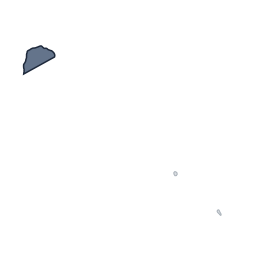 South Huvadhoo, Maldives (highlighted), rotated 126°
{"feature_id": "70690204B13652617140021", "entity_name": "South Huvadhoo", "entity_type": "district", "adm_level": 2, "iso_a3": "MDV", "parent_name": "Maldives", "parent_adm1": "", "projection": "orthographic", "projection_center": [73.171, 0.377], "detail": "fine", "context": "in_parent", "style": "filled", "palette": "slate", "viewbox_px": 256, "rotation_deg": 126, "n_neighbors": 0, "source": "geoboundaries", "source_scale": "gbopen_adm2", "svg_char_len": 1951}
<svg xmlns="http://www.w3.org/2000/svg" viewBox="0 0 256 256"><g transform="rotate(126 128 128)"><path d="M143.3,6.7L142.2,7.3L141.2,7.0L140.9,6.3L141.4,5.2L142.2,3.8L142.8,2.3L143.7,1.5L144.3,1.8L144.2,2.6L143.9,3.8L143.7,5.3L143.3,6.7ZM137.4,64.6L136.1,64.7L135.3,63.6L135.4,62.1L136.5,61.0L138.1,60.9L139.0,61.9L138.5,63.4L137.4,64.6Z" fill="#d9dde1" stroke="#a8b0b8" stroke-width="1"/><path d="M113.8,229.2L113.2,229.4L112.8,229.6L112.3,229.9L111.8,230.4L111.6,230.7L111.4,230.9L111.2,231.4L111.0,231.6L110.9,231.9L110.8,232.3L110.7,232.5L110.6,233.0L110.6,233.3L110.5,233.6L110.5,233.9L110.5,234.3L110.4,234.7L110.4,235.2L110.6,235.6L110.7,236.0L110.9,236.3L110.9,236.5L111.0,236.9L111.1,237.2L111.2,237.6L111.3,237.9L111.4,238.3L111.5,238.6L111.5,238.8L111.5,239.1L111.5,239.6L111.4,239.9L111.4,240.3L111.5,240.7L111.6,241.1L111.8,241.3L112.0,241.6L112.1,241.8L112.5,242.2L112.8,242.5L112.9,243.0L112.8,243.5L112.8,244.0L112.8,244.5L112.7,244.9L112.6,245.4L112.6,245.8L112.6,246.2L112.7,246.5L113.0,246.9L113.3,247.2L113.5,247.4L113.9,247.6L114.3,247.9L114.8,248.2L115.1,248.4L115.5,248.6L115.8,248.8L116.2,249.1L116.6,249.4L117.1,249.7L117.5,249.9L117.9,250.4L118.3,250.7L118.6,251.0L118.9,251.4L119.1,251.8L119.9,252.3L120.3,252.6L120.8,252.8L121.1,253.0L121.4,253.1L122.0,253.3L122.4,253.4L122.9,253.6L123.3,253.9L123.6,254.1L124.1,254.3L124.8,254.5L125.3,254.4L125.8,254.3L126.2,254.0L126.6,253.8L127.2,253.7L127.7,253.5L128.3,253.2L128.6,252.9L129.1,252.6L129.7,252.2L130.3,251.7L130.9,251.4L131.7,251.1L132.7,250.8L133.3,250.5L133.7,250.3L134.5,250.0L135.3,249.9L135.8,249.8L136.3,249.8L137.0,249.8L138.0,249.7L138.5,249.4L139.0,249.1L139.4,248.8L140.0,248.3L140.5,247.9L140.9,247.5L141.2,247.1L141.3,246.9L141.5,246.6L141.9,246.3L142.5,246.0L142.9,245.6L143.3,245.3L143.7,245.1L144.0,245.0L144.3,244.8L144.8,244.6L145.1,244.4L145.3,244.3L145.4,244.2L145.6,244.1L113.8,229.2Z" fill="#64748b" stroke="#1e293b" stroke-width="1.5"/></g></svg>